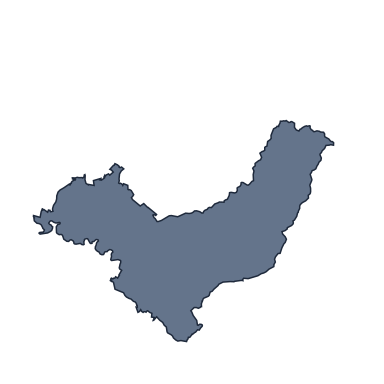 Balauseri, Mures, Romania, rotated 218°
{"feature_id": "2599482B21102131341719", "entity_name": "Balauseri", "entity_type": "district", "adm_level": 2, "iso_a3": "ROU", "parent_name": "Romania", "parent_adm1": "Mures", "projection": "robinson", "projection_center": [24.697, 46.348], "detail": "fine", "context": "isolated", "style": "filled", "palette": "slate", "viewbox_px": 384, "rotation_deg": 218, "n_neighbors": 0, "source": "geoboundaries", "source_scale": "gbopen_adm2", "svg_char_len": 5922}
<svg xmlns="http://www.w3.org/2000/svg" viewBox="0 0 384 384"><g transform="rotate(218 192 192)"><path d="M139.5,316.7L140.1,316.6L141.5,314.9L142.5,314.6L143.6,313.1L144.6,310.6L145.0,308.5L145.5,308.0L145.3,305.9L148.0,305.1L151.0,306.0L153.5,309.3L156.7,308.9L157.4,308.3L157.5,307.4L158.5,306.4L161.8,306.3L162.2,305.3L163.6,304.5L164.7,303.1L166.0,302.2L165.1,300.5L164.6,297.7L164.1,296.9L165.4,296.2L165.4,294.7L166.6,292.0L164.6,285.3L162.6,282.9L162.7,281.0L163.5,278.4L161.2,274.3L162.0,272.8L162.1,271.9L160.4,269.7L160.9,268.0L161.6,267.2L162.4,264.4L158.5,262.2L157.8,259.6L158.8,257.6L159.8,253.7L159.8,253.2L158.3,251.5L158.8,249.4L158.8,248.1L156.1,246.7L154.5,243.4L150.5,238.8L151.3,237.2L151.5,233.3L152.0,231.9L153.1,231.4L157.5,230.9L158.7,230.2L159.0,229.5L157.9,227.9L157.7,226.0L158.8,223.7L158.9,222.9L157.3,221.2L156.8,219.1L157.8,217.5L161.0,215.8L162.0,214.6L160.6,212.3L159.7,208.4L159.7,207.9L160.5,206.8L161.2,205.0L160.5,203.7L164.3,200.9L164.8,199.6L166.7,196.6L167.1,191.7L168.9,190.5L169.4,189.3L169.3,187.8L170.6,185.5L170.8,184.0L170.4,182.2L171.5,181.4L173.7,181.3L176.8,180.0L178.4,178.6L178.6,176.9L179.4,175.0L181.0,173.3L184.0,171.4L188.0,163.7L193.8,160.7L195.3,159.2L198.6,150.7L200.3,148.1L201.4,147.2L204.7,148.4L206.1,148.4L208.6,149.7L208.4,150.3L207.9,150.3L207.3,151.2L206.1,151.2L206.1,152.5L217.2,152.8L217.4,152.5L222.9,153.2L224.2,149.1L234.2,149.4L236.2,150.2L236.1,152.5L236.3,154.0L240.7,155.7L242.6,155.5L243.4,154.7L244.0,154.6L246.7,157.7L251.0,156.4L250.6,154.6L251.7,155.1L253.7,154.9L254.4,154.0L255.3,153.9L256.3,156.2L257.5,157.3L260.2,161.6L260.7,165.1L260.0,168.2L262.9,168.3L263.7,166.9L264.7,166.7L265.2,167.4L267.5,167.5L270.2,166.9L269.8,165.1L270.3,164.6L270.7,159.3L268.9,159.7L266.3,159.2L267.2,154.6L268.9,154.9L270.0,152.8L270.1,151.1L271.0,151.5L270.6,149.6L270.1,149.0L269.7,150.0L269.6,149.2L270.7,145.5L271.7,145.0L271.5,145.6L272.1,146.7L276.7,140.3L273.2,136.9L278.5,134.1L278.3,133.8L280.8,133.5L283.9,135.8L286.3,139.2L287.1,139.8L287.4,139.0L286.7,138.1L286.4,136.8L286.7,135.7L287.5,135.7L289.9,133.7L291.5,132.9L292.6,131.2L295.0,129.5L294.2,128.7L293.2,129.2L292.4,130.2L291.6,130.2L291.4,129.7L292.3,128.7L293.0,126.5L293.0,125.2L292.5,124.6L293.0,123.6L292.5,123.1L292.5,122.4L293.6,122.6L295.6,116.3L297.2,112.3L297.5,109.5L296.2,105.7L294.4,103.2L293.2,100.4L292.9,96.3L291.8,93.5L291.4,92.7L289.7,91.2L291.2,89.4L292.2,89.6L292.5,90.1L294.0,89.4L293.3,87.2L297.8,87.0L298.6,85.5L299.3,86.7L299.6,86.6L298.7,83.6L296.1,78.5L302.4,75.9L301.8,75.0L300.3,74.6L300.5,74.1L298.5,72.2L295.0,71.9L292.8,73.1L290.6,73.3L287.8,72.0L287.1,71.5L285.0,71.3L284.6,70.3L284.6,68.7L287.0,66.5L287.3,65.6L287.1,65.3L285.8,65.3L280.5,70.9L279.3,73.7L278.9,75.3L279.6,77.6L280.4,78.8L281.2,78.6L282.4,79.2L284.4,78.9L285.5,79.1L285.8,79.3L285.9,81.5L285.5,82.4L284.7,82.9L282.1,83.1L280.1,83.8L277.8,86.4L277.2,86.6L276.5,85.9L276.6,85.2L277.8,83.9L277.5,81.0L273.9,76.7L272.8,76.3L270.4,76.6L269.0,78.0L268.0,78.2L267.0,77.9L264.0,75.9L260.3,76.1L258.8,77.1L258.5,79.1L257.9,80.0L255.5,80.3L254.4,79.8L253.3,78.8L252.6,78.8L251.3,79.5L248.4,82.7L246.3,82.8L245.0,83.7L244.8,84.3L246.7,86.3L246.9,87.5L247.5,88.3L247.3,89.1L246.1,90.6L245.4,90.9L240.9,89.0L240.0,89.1L239.2,90.0L240.0,91.1L239.9,91.7L238.9,92.4L238.4,95.3L237.7,96.0L236.3,96.4L235.6,95.7L235.9,94.6L235.8,93.0L234.8,91.1L234.4,89.3L233.3,87.7L231.5,87.1L229.7,87.1L228.5,87.5L226.2,86.6L224.4,87.1L223.2,88.3L223.8,90.9L223.4,91.7L222.2,92.7L222.2,93.9L221.4,96.0L220.2,96.6L218.5,96.8L217.4,95.9L217.6,94.3L217.3,93.3L215.6,91.5L214.5,88.8L214.1,88.5L213.2,88.5L208.7,93.2L206.3,94.0L205.7,93.8L204.6,92.2L204.3,90.9L202.6,87.4L201.4,86.8L199.2,87.0L198.5,81.7L198.0,81.7L197.6,78.4L200.0,78.2L199.8,76.5L200.8,75.7L200.8,74.8L202.5,74.5L202.6,73.9L202.2,73.5L201.8,71.9L200.4,72.0L200.5,72.5L198.2,72.4L192.8,68.0L183.9,70.5L181.1,69.2L179.0,68.9L176.0,69.4L174.2,70.1L170.9,69.8L168.8,70.4L167.1,69.8L165.8,68.7L165.4,68.9L164.2,67.6L165.2,66.9L160.5,63.9L159.8,65.5L160.0,67.7L158.1,66.9L156.4,67.0L156.2,68.0L155.3,68.8L154.2,69.0L154.3,70.2L153.8,71.1L151.1,71.1L148.9,71.7L146.9,68.5L144.5,69.9L143.5,66.9L143.2,67.3L143.0,71.9L138.5,71.1L134.8,71.2L131.8,69.9L129.1,69.8L125.6,66.5L124.5,66.0L120.2,66.7L118.6,66.5L116.8,65.6L113.7,65.4L111.4,65.8L109.3,68.1L104.2,70.8L104.7,72.1L104.7,73.6L105.4,75.3L104.6,75.7L104.2,76.6L104.4,80.0L104.0,80.0L103.3,83.1L102.9,83.7L102.8,86.9L101.3,87.6L101.5,90.4L101.3,92.3L101.6,93.1L102.3,93.6L103.5,93.3L104.6,92.4L105.0,90.8L105.8,90.5L109.2,93.7L115.0,95.4L118.3,97.3L119.8,97.7L119.2,102.2L117.5,103.6L115.4,104.3L114.5,106.0L114.5,106.9L113.9,107.5L115.9,109.8L116.1,110.9L116.9,112.2L116.6,112.4L117.4,114.6L117.3,115.7L115.0,119.8L114.8,121.0L116.1,124.3L115.0,126.2L114.9,128.9L113.9,134.3L114.1,135.8L112.1,140.1L106.8,144.9L103.6,147.2L103.4,147.9L98.7,152.7L97.3,153.5L98.1,154.0L98.2,155.8L94.4,158.3L88.5,166.6L87.2,170.2L85.6,172.4L84.5,174.8L83.8,178.7L81.6,183.6L82.8,185.3L83.2,188.1L85.6,189.9L86.3,192.4L86.3,196.5L84.8,197.9L86.8,203.4L87.7,207.8L87.5,209.6L88.5,212.9L91.0,214.1L94.7,214.7L96.7,216.2L94.9,218.8L94.2,221.6L94.8,222.1L94.8,222.9L92.9,226.9L92.7,229.1L93.1,230.0L94.6,231.4L94.0,232.9L94.5,237.4L95.9,240.4L95.8,241.5L96.4,242.4L97.0,245.3L98.6,247.4L98.9,248.8L98.5,251.6L97.0,255.0L96.5,259.0L98.4,261.0L97.9,262.7L98.0,263.9L98.8,265.4L101.0,268.1L103.4,269.9L104.7,274.7L105.3,275.7L109.8,278.7L109.9,280.9L110.5,282.8L109.4,284.4L108.7,286.5L109.5,289.3L109.7,291.7L110.3,293.6L109.9,296.3L111.0,298.4L114.1,300.1L114.5,300.8L114.3,302.8L114.8,304.6L114.3,307.9L115.1,311.2L112.7,313.4L111.8,314.7L109.3,316.0L110.7,318.0L112.3,318.2L113.1,317.6L114.2,317.4L116.9,318.0L121.3,317.3L122.4,318.2L123.2,319.4L125.1,320.1L127.6,318.4L128.9,318.3L131.2,317.1L132.5,315.1L133.5,314.4L134.9,314.8L136.5,314.5L138.5,315.3L139.5,316.7Z" fill="#64748b" stroke="#1e293b" stroke-width="1.5"/></g></svg>